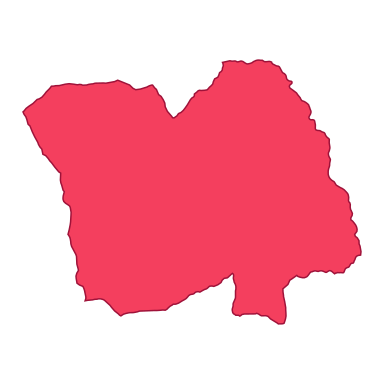 the district of Kalidzingkha, Daga, Bhutan
{"feature_id": "84629894B31642600341684", "entity_name": "Kalidzingkha", "entity_type": "district", "adm_level": 2, "iso_a3": "BTN", "parent_name": "Bhutan", "parent_adm1": "Daga", "projection": "robinson", "projection_center": [89.878, 27.0], "detail": "fine", "context": "isolated", "style": "filled", "palette": "rose", "viewbox_px": 384, "rotation_deg": 0, "n_neighbors": 0, "source": "geoboundaries", "source_scale": "gbopen_adm2", "svg_char_len": 5903}
<svg xmlns="http://www.w3.org/2000/svg" viewBox="0 0 384 384"><path d="M165.3,310.2L167.0,309.2L168.3,307.8L170.1,306.2L172.3,305.0L173.2,304.2L175.2,304.2L176.2,304.0L178.6,303.1L182.3,300.8L184.7,299.5L186.2,298.5L187.5,297.1L188.7,295.6L189.6,295.0L190.6,294.5L193.0,294.1L194.2,293.5L195.0,292.6L195.8,292.1L197.2,291.7L198.6,291.7L199.9,292.1L202.6,290.5L204.5,289.5L206.4,288.9L207.4,288.2L209.4,286.3L210.5,286.1L212.0,286.0L213.8,286.4L217.8,284.8L220.8,282.7L221.4,281.9L221.8,280.8L222.4,279.9L223.4,279.1L224.2,278.3L227.2,277.9L228.3,277.1L229.4,276.0L230.4,275.2L231.1,274.4L232.4,273.4L233.3,274.2L233.6,275.2L233.6,276.3L233.4,277.0L233.4,278.8L233.9,280.5L234.2,282.1L235.4,284.5L235.9,286.4L235.9,289.0L235.5,290.9L235.5,296.8L235.4,298.2L233.8,302.0L233.3,303.1L233.1,304.0L233.1,306.1L232.3,308.9L232.2,310.0L232.7,312.5L233.1,313.2L233.7,313.9L234.8,314.4L235.6,315.2L238.7,315.3L239.8,316.1L240.7,315.6L242.0,314.5L244.4,314.0L254.0,313.9L255.7,313.8L256.7,313.3L258.7,314.1L260.4,315.3L261.5,315.8L266.0,315.7L268.1,316.4L270.5,318.9L277.2,323.0L278.3,323.9L282.3,323.8L283.3,323.6L284.1,323.2L284.8,321.2L285.5,318.9L286.0,316.0L285.9,313.0L285.7,309.8L285.7,307.6L284.7,301.7L283.5,296.3L283.5,295.3L283.0,292.0L282.9,288.8L287.9,284.5L289.8,280.2L292.0,278.8L296.8,275.4L297.8,276.4L300.0,277.2L302.5,277.7L304.5,277.7L306.5,276.9L307.1,276.5L308.1,275.4L310.3,272.4L310.9,272.0L312.3,271.7L312.9,271.4L315.0,270.8L317.8,271.4L318.5,271.4L319.2,271.1L319.8,270.9L321.3,270.8L322.0,270.9L323.3,271.3L325.3,272.2L326.0,272.4L326.7,272.2L327.9,271.4L329.2,270.7L329.9,270.6L331.3,271.1L331.9,271.5L334.1,273.4L334.7,273.8L335.2,273.3L335.9,273.0L336.6,273.0L337.2,272.6L339.3,272.7L340.8,272.6L342.9,272.8L343.6,272.6L344.0,272.0L344.6,270.6L344.8,269.9L345.5,268.6L346.7,267.8L348.7,267.1L349.2,266.5L350.7,263.9L351.3,263.5L351.9,263.2L352.6,263.2L353.3,263.0L353.7,262.4L354.2,260.9L354.9,259.6L355.6,257.5L356.5,256.3L357.8,255.6L358.4,255.4L360.6,255.1L361.0,251.7L360.0,246.0L359.1,243.9L359.0,240.7L357.3,237.9L355.3,236.3L354.7,234.4L356.9,231.4L357.1,229.3L356.6,227.1L355.7,225.1L354.4,223.3L352.6,221.1L351.0,219.9L350.8,218.9L350.9,217.7L352.1,215.5L352.4,213.4L351.0,210.2L350.6,209.7L350.2,207.2L350.3,204.5L349.7,202.6L348.9,201.9L348.5,200.9L348.7,197.4L348.5,196.2L348.2,194.8L347.6,193.5L346.2,191.9L344.3,189.9L342.3,188.5L340.2,187.5L336.5,185.3L336.0,184.8L334.4,182.1L333.9,181.6L333.1,181.1L331.8,180.3L330.3,178.9L329.7,178.1L328.9,176.7L328.6,175.8L328.2,174.2L328.2,173.1L328.2,171.0L328.6,168.9L329.4,166.4L329.6,165.5L329.7,163.1L330.3,160.3L330.4,159.6L330.2,158.9L328.9,156.4L328.6,155.4L328.4,154.2L328.4,153.3L328.5,152.6L329.2,151.0L329.5,149.9L329.9,148.0L329.8,146.6L329.2,142.8L329.3,139.4L328.8,138.6L327.2,137.4L326.2,136.2L325.5,135.1L325.0,133.7L324.6,133.1L324.1,132.6L321.9,131.8L320.6,131.0L319.8,130.6L317.4,130.4L316.1,130.0L315.5,129.2L315.3,128.5L315.4,124.9L314.6,120.9L313.9,120.0L312.5,119.7L310.9,119.8L310.0,119.4L309.5,119.0L309.0,117.9L308.9,117.2L309.1,116.6L310.5,114.0L310.9,112.7L311.0,111.9L310.9,111.1L309.9,108.5L309.5,107.1L309.1,106.4L308.7,105.0L307.6,103.8L305.6,102.3L304.0,101.4L301.9,100.7L301.5,100.2L300.8,99.2L300.2,97.8L297.6,94.6L296.7,93.2L296.2,92.7L292.8,90.1L290.1,88.2L289.7,87.6L289.5,86.9L289.3,86.2L289.9,85.0L291.4,83.8L291.8,83.4L292.0,82.5L291.9,81.8L291.1,81.2L289.8,81.1L289.1,80.9L287.8,80.1L287.2,79.6L286.9,79.1L286.6,78.5L286.1,76.1L285.8,75.3L285.3,74.6L284.3,73.6L283.1,73.0L282.2,72.1L281.3,70.4L280.1,68.1L279.3,66.8L278.7,66.4L278.1,66.1L277.0,66.0L276.2,65.8L272.6,63.9L271.8,62.9L271.6,62.1L270.6,61.7L269.9,61.5L269.2,61.4L266.3,61.7L265.2,61.7L264.4,61.6L263.8,61.3L262.4,60.3L261.0,60.3L259.1,60.1L257.8,60.1L256.2,60.4L253.5,61.6L251.9,62.8L251.3,63.0L250.2,63.4L248.0,63.9L247.1,63.9L246.2,63.6L245.3,63.1L242.9,61.5L241.6,61.1L240.6,61.1L238.3,61.8L237.6,61.9L237.0,61.8L235.6,61.1L234.7,61.0L232.0,61.2L230.0,60.8L229.3,60.9L222.5,62.4L223.0,63.5L223.3,65.9L222.5,67.9L222.2,70.2L221.1,71.6L219.6,72.6L218.8,75.1L217.9,77.1L216.4,78.0L214.7,78.8L213.4,81.5L212.7,84.1L211.3,85.6L209.4,87.3L207.9,89.1L207.0,89.9L204.5,90.3L201.2,90.5L199.4,90.3L198.1,90.8L196.7,92.2L194.4,94.0L194.3,95.9L193.6,97.0L192.2,97.7L190.6,99.4L189.4,101.4L187.4,104.8L185.3,107.8L183.3,110.4L181.1,112.4L178.5,113.6L176.9,115.9L174.0,117.9L172.5,117.7L171.9,116.6L167.4,111.4L165.2,106.8L164.8,103.1L163.2,99.7L161.1,96.4L158.6,94.6L156.4,89.4L154.7,87.9L152.6,85.1L151.5,85.1L149.3,85.8L146.8,87.1L140.3,89.1L135.7,89.7L133.0,88.3L129.6,85.0L117.7,80.2L114.6,81.6L105.8,83.2L103.6,83.0L95.1,83.2L92.7,83.9L91.1,84.0L88.6,84.4L86.7,85.0L82.7,85.2L81.4,84.6L79.6,84.4L77.4,84.8L73.8,84.2L69.1,83.7L65.2,84.2L59.2,85.6L55.7,85.7L53.7,86.1L51.4,86.2L50.5,87.5L49.3,88.9L46.2,92.0L44.4,94.4L41.9,97.2L39.3,98.8L37.1,99.5L33.0,103.5L28.8,106.3L26.1,108.4L24.0,111.0L23.0,111.9L24.1,114.4L25.8,116.7L26.8,119.4L28.1,124.3L30.0,126.0L32.3,131.8L34.7,136.8L37.8,142.4L38.5,144.5L40.0,147.1L41.8,149.1L42.9,154.3L45.7,155.6L48.2,158.5L49.8,160.9L51.6,162.8L54.8,167.1L58.8,171.9L60.7,173.1L60.4,180.1L60.9,183.0L61.7,185.1L63.1,190.2L64.3,191.7L63.2,196.0L63.0,198.1L63.1,199.6L63.8,201.5L65.5,203.2L68.0,204.8L69.6,206.0L70.3,207.6L71.1,212.3L71.0,215.0L70.6,221.9L70.2,224.8L69.2,229.8L68.0,234.4L68.8,235.5L69.8,237.3L70.3,239.1L70.7,241.5L70.9,243.9L71.6,246.4L75.9,254.5L76.5,256.4L76.9,264.2L78.2,269.0L78.4,270.5L76.8,273.2L76.0,276.1L76.2,278.5L77.0,283.2L79.5,285.0L82.9,286.4L83.9,288.5L84.5,290.4L85.8,296.6L85.9,298.3L85.1,300.8L87.7,300.3L92.4,299.9L94.9,299.3L97.0,299.2L98.8,298.8L100.8,298.9L103.1,299.5L104.4,300.2L110.1,305.4L111.5,307.3L114.6,310.9L118.5,314.0L119.5,315.1L120.9,315.9L123.5,314.2L126.1,313.4L129.3,312.7L133.4,312.6L134.5,312.4L137.5,311.8L139.5,311.1L154.2,310.5L157.0,310.5L159.9,310.3L162.9,310.0L165.3,310.2Z" fill="#f43f5e" stroke="#9f1239" stroke-width="1.5"/></svg>